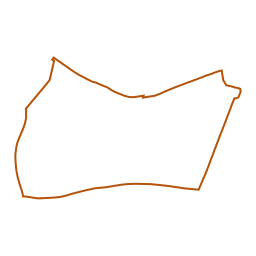 Papendrecht, Zuid-Holland, Netherlands (Mercator projection)
{"feature_id": "6326949B523319393128", "entity_name": "Papendrecht", "entity_type": "district", "adm_level": 2, "iso_a3": "NLD", "parent_name": "Netherlands", "parent_adm1": "Zuid-Holland", "projection": "mercator", "projection_center": [4.707, 51.835], "detail": "fine", "context": "isolated", "style": "outline", "palette": "amber", "viewbox_px": 256, "rotation_deg": 0, "n_neighbors": 0, "source": "geoboundaries", "source_scale": "gbopen_adm2", "svg_char_len": 4831}
<svg xmlns="http://www.w3.org/2000/svg" viewBox="0 0 256 256"><path d="M25.8,108.9L26.1,110.0L26.1,113.4L26.1,113.6L26.1,118.0L25.2,122.4L23.9,126.6L22.1,131.1L18.8,138.9L18.0,141.0L17.5,142.3L17.1,143.8L16.9,144.5L16.3,147.4L15.7,152.0L15.5,153.2L15.4,154.4L15.4,155.4L15.4,156.5L15.4,157.5L15.4,158.9L15.5,160.4L15.7,163.2L15.8,164.8L16.0,167.4L16.1,168.2L16.2,168.7L16.3,169.8L16.6,171.8L17.1,174.3L17.5,176.2L17.7,177.3L18.1,178.7L18.9,181.5L19.2,182.7L19.3,182.9L19.5,183.6L20.7,187.3L22.0,191.4L23.1,196.1L23.1,196.4L23.7,196.4L24.2,196.4L24.9,196.5L25.6,196.6L26.5,196.6L27.2,196.7L28.1,196.9L28.9,197.0L29.7,197.1L30.6,197.2L31.5,197.4L32.5,197.6L33.3,197.7L34.3,197.8L35.1,198.0L35.9,198.1L36.4,198.2L37.1,198.2L37.8,198.3L38.3,198.3L38.8,198.4L39.5,198.3L40.2,198.3L40.6,198.3L41.9,198.2L42.6,198.2L43.3,198.2L44.2,198.1L45.4,198.0L47.7,197.9L50.6,197.8L52.0,197.7L53.0,197.6L54.0,197.6L55.2,197.5L57.8,197.2L59.4,197.0L60.2,196.9L60.9,196.8L62.2,196.5L64.0,196.1L65.9,195.6L67.0,195.3L67.8,195.1L69.2,194.6L70.6,194.2L72.1,193.7L72.7,193.6L79.7,191.8L85.8,190.3L88.1,189.8L88.3,189.8L94.8,188.3L97.8,188.0L101.1,187.7L104.3,187.4L106.5,187.2L108.4,186.8L114.8,185.8L114.9,185.7L117.2,185.4L120.1,184.9L121.6,184.7L124.3,184.4L126.5,184.2L127.7,184.1L131.4,183.9L136.4,183.8L149.5,184.1L150.8,184.1L151.6,184.2L152.3,184.3L156.1,184.7L160.4,185.1L165.1,185.6L169.3,186.1L173.9,186.8L179.0,187.5L182.5,188.1L187.8,188.7L191.4,189.0L198.6,189.7L200.1,186.2L202.4,180.9L202.8,179.9L204.7,175.7L206.2,172.1L207.3,169.1L207.5,168.6L208.2,166.7L208.3,166.6L208.7,165.5L209.0,164.8L209.2,164.2L209.4,163.8L209.5,163.4L209.5,163.2L209.7,162.7L210.3,160.9L210.4,160.7L211.1,159.0L211.2,158.8L211.3,158.5L211.7,157.3L212.0,156.6L212.1,156.4L212.3,155.8L212.5,155.5L212.6,155.3L213.7,152.3L213.9,151.7L214.4,150.1L215.2,148.2L216.1,145.9L217.1,143.1L217.8,141.4L218.0,140.9L218.4,139.8L218.8,138.9L219.0,138.2L219.7,136.4L219.8,136.1L220.0,135.6L220.1,135.4L220.1,135.2L221.0,133.0L221.1,132.9L221.4,132.2L221.6,131.6L221.9,130.7L222.0,130.5L222.2,130.1L222.3,129.7L222.9,128.2L223.4,126.9L223.8,125.9L225.0,122.8L225.1,122.5L225.3,122.1L226.4,119.1L227.1,117.2L227.3,116.6L228.0,114.8L228.4,113.9L228.4,113.7L228.6,113.3L230.8,107.6L231.7,105.0L232.3,103.5L233.4,100.9L234.3,98.4L234.5,98.2L235.0,98.3L235.3,98.3L235.7,98.3L236.0,98.3L236.6,98.1L237.6,97.7L237.9,97.6L238.4,97.3L240.4,92.4L240.6,91.4L240.6,90.7L240.3,89.3L240.3,88.9L239.2,88.4L238.7,88.3L238.0,88.2L235.6,87.5L234.9,87.5L234.5,87.4L234.0,87.3L233.5,86.9L232.4,86.7L230.4,86.1L228.7,85.8L226.6,85.3L226.2,85.0L225.9,84.7L225.6,84.3L225.5,83.9L225.4,83.7L224.8,82.6L223.5,80.7L223.4,80.4L223.2,79.7L223.1,79.4L222.8,77.3L222.7,76.4L222.5,75.4L222.5,75.1L222.3,74.4L222.0,72.3L221.7,70.5L221.3,70.6L221.1,70.6L220.9,70.7L220.7,70.7L220.1,70.8L219.8,70.9L219.6,71.0L219.3,71.1L218.9,71.2L218.3,71.3L217.8,71.5L216.3,72.0L214.1,72.8L213.6,73.0L213.3,73.2L212.5,73.4L211.8,73.7L211.5,73.8L210.8,74.0L210.1,74.3L209.8,74.4L209.4,74.6L209.1,74.7L208.9,74.7L208.7,74.8L208.3,74.9L206.9,75.3L206.4,75.4L205.7,75.7L205.1,76.0L204.7,76.2L204.2,76.4L203.6,76.6L202.6,77.0L202.1,77.2L192.1,81.0L187.3,82.7L182.7,84.5L177.8,86.3L176.7,86.8L175.8,87.1L175.2,87.3L174.4,87.6L172.7,88.3L171.0,89.0L170.5,89.2L170.0,89.4L166.9,90.7L165.8,91.1L165.1,91.4L163.9,91.9L162.7,92.5L162.3,92.7L161.2,93.2L160.1,93.7L159.7,93.8L156.6,95.1L156.3,95.2L155.8,95.5L155.3,95.6L154.9,95.7L153.6,95.9L152.8,96.1L149.0,96.6L148.7,96.7L147.5,96.9L145.6,97.2L144.9,97.4L143.1,97.6L143.2,97.4L143.2,97.2L143.5,96.3L143.5,96.0L143.6,95.7L136.9,96.7L136.1,96.8L135.3,96.9L135.2,96.9L134.0,97.1L133.3,97.1L133.0,97.2L132.4,97.2L131.1,97.1L129.6,97.0L129.2,97.0L127.8,96.7L127.5,96.6L126.5,96.3L125.3,96.0L125.1,96.0L125.1,95.9L124.2,95.6L123.6,95.4L122.2,94.8L121.5,94.6L120.0,94.0L118.1,93.3L115.0,91.9L114.9,91.8L114.4,91.7L112.4,90.6L110.1,89.3L107.9,87.6L106.0,86.9L103.9,86.0L102.3,85.4L98.5,83.8L97.7,83.4L96.2,82.7L95.9,82.6L95.7,82.5L95.4,82.4L95.1,82.3L92.6,81.8L92.2,81.7L91.2,81.2L89.7,80.4L88.7,79.9L87.9,79.6L86.4,78.7L84.8,77.9L84.4,77.7L83.1,77.0L81.5,76.2L80.2,75.5L78.8,74.8L78.5,74.6L77.0,73.7L76.0,73.0L75.3,72.6L74.4,72.0L73.9,71.7L71.4,70.0L70.1,69.1L68.7,68.1L66.9,66.8L65.8,66.1L65.5,65.8L64.1,64.9L61.9,63.4L61.7,63.2L57.9,60.6L56.5,59.6L53.7,57.6L52.3,59.7L54.0,60.8L54.0,61.1L53.8,61.8L53.6,62.9L53.6,63.0L53.2,64.7L53.1,65.2L52.9,66.0L52.3,68.8L51.9,70.2L51.9,70.4L51.7,71.2L50.8,75.1L50.5,76.4L50.5,76.5L50.2,77.8L50.0,78.4L49.9,78.9L49.7,79.6L49.6,79.8L49.4,80.5L48.9,81.1L47.7,82.5L47.1,83.3L46.7,83.8L45.9,84.7L45.4,85.3L42.5,88.8L42.3,89.0L42.1,89.4L41.1,90.5L40.6,91.1L40.2,91.6L37.0,95.4L36.1,96.5L35.6,97.1L34.8,98.0L34.5,98.4L34.1,98.9L33.0,100.2L32.5,100.8L31.5,101.9L31.1,102.5L30.2,103.6L29.7,104.2L25.8,108.9Z" fill="none" stroke="#b45309" stroke-width="2"/></svg>